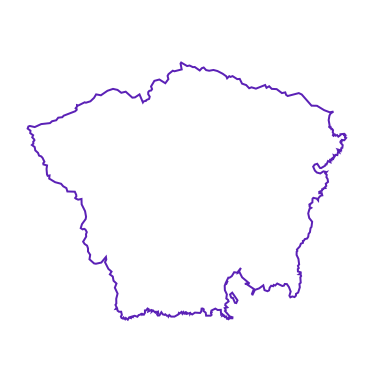 the district of Nossa Senhora Da Graca, Praia, Cabo Verde, rotated 355°
{"feature_id": "66160863B19025383966327", "entity_name": "Nossa Senhora Da Graca", "entity_type": "district", "adm_level": 2, "iso_a3": "CPV", "parent_name": "Cabo Verde", "parent_adm1": "Praia", "projection": "robinson", "projection_center": [-23.509, 14.948], "detail": "fine", "context": "isolated", "style": "outline", "palette": "violet", "viewbox_px": 384, "rotation_deg": 355, "n_neighbors": 0, "source": "geoboundaries", "source_scale": "gbopen_adm2", "svg_char_len": 5991}
<svg xmlns="http://www.w3.org/2000/svg" viewBox="0 0 384 384"><g transform="rotate(355 192 192)"><path d="M236.9,81.8L236.2,79.7L232.8,76.8L227.9,73.7L224.0,72.3L219.7,72.7L216.7,71.8L214.5,69.0L212.6,69.5L210.3,71.6L205.6,67.7L203.8,67.7L200.6,65.8L198.1,66.1L192.5,62.1L191.8,63.0L192.4,69.0L185.0,70.2L183.4,69.5L178.9,72.5L177.8,74.2L178.3,77.5L174.9,81.3L169.3,77.1L164.2,78.0L160.4,83.3L161.2,86.0L160.2,87.3L158.3,87.5L157.1,88.7L156.9,90.8L158.2,93.3L157.4,95.5L154.6,96.4L154.1,97.2L151.7,97.5L150.9,98.5L148.2,90.2L143.4,92.8L140.8,92.8L134.7,86.3L130.2,87.0L126.7,83.8L122.3,82.4L116.6,83.8L109.7,87.7L105.0,86.4L102.6,89.7L98.7,92.8L94.1,93.8L92.9,93.3L86.3,95.9L85.0,95.4L84.9,96.9L83.4,98.4L84.4,99.4L84.2,100.2L82.6,101.4L70.8,104.8L69.3,106.2L65.2,106.3L63.0,108.7L58.8,109.3L56.5,111.0L47.7,111.2L41.0,113.6L36.2,112.1L34.7,112.5L33.8,114.5L36.4,116.8L36.0,119.3L38.7,121.6L37.6,123.6L39.4,125.9L39.5,126.8L38.2,128.1L38.2,130.0L36.6,131.2L39.2,133.5L39.5,136.9L42.0,139.6L42.8,142.4L44.9,143.4L46.1,145.0L47.6,149.0L46.3,150.4L46.4,151.6L49.9,152.9L49.1,156.4L49.1,161.9L49.6,163.3L51.5,163.1L50.9,166.2L56.5,170.3L62.3,172.4L64.2,175.1L67.2,177.2L67.9,180.6L75.3,181.5L76.4,184.7L76.4,186.3L75.1,187.8L75.6,188.4L77.9,189.7L81.3,189.3L81.0,194.7L83.8,201.8L84.3,207.4L83.7,209.7L79.6,214.4L78.0,218.3L79.8,219.7L81.3,219.3L82.5,220.1L83.7,222.8L82.7,224.8L82.7,227.2L79.2,232.0L80.5,234.4L82.8,236.3L83.5,239.2L83.2,242.2L85.1,245.7L84.0,250.1L88.2,254.6L90.0,255.1L95.5,254.4L100.6,249.2L100.7,251.9L99.2,254.3L102.0,261.3L104.9,264.3L103.0,266.9L105.7,269.3L106.1,273.6L108.8,276.6L106.8,280.6L109.0,286.7L107.2,291.8L106.9,296.5L105.9,297.8L106.9,300.4L105.8,301.8L107.3,301.7L107.5,303.7L108.8,304.9L111.0,305.1L111.4,308.3L110.3,309.9L110.8,311.3L112.2,312.1L112.9,311.1L114.3,312.9L115.1,311.8L116.9,313.6L118.3,311.6L120.0,312.2L119.9,311.2L121.4,311.4L121.0,310.9L124.1,310.3L126.7,311.5L128.1,310.0L130.8,309.4L131.0,308.2L131.6,309.9L132.4,309.4L133.3,310.0L134.6,308.3L134.8,305.9L136.0,305.9L137.6,304.2L138.7,305.1L138.0,307.2L140.4,306.3L141.1,306.9L141.4,306.1L142.3,306.5L141.9,307.4L142.9,306.7L144.5,308.5L145.4,308.2L145.6,309.1L147.7,308.2L147.8,309.7L146.6,311.0L147.2,312.1L148.8,312.1L151.0,309.1L152.3,311.4L154.0,312.0L154.7,311.5L156.2,313.1L157.5,313.1L157.7,313.9L158.7,312.6L160.3,314.3L163.7,314.6L167.7,312.8L168.4,311.4L169.0,312.0L171.0,310.6L171.8,312.4L172.9,310.9L173.7,312.5L174.8,312.6L174.2,311.5L175.4,311.1L176.7,312.2L176.6,312.9L179.5,312.3L179.5,313.1L179.8,312.7L181.5,314.0L184.4,312.4L189.5,313.2L190.7,312.0L191.4,309.0L192.5,309.0L193.5,309.9L193.1,311.5L195.1,313.4L195.3,316.4L199.9,316.8L200.8,316.1L200.3,314.5L201.1,313.6L200.5,313.3L201.0,311.8L205.1,310.2L207.3,311.8L210.4,311.9L210.3,315.1L211.3,316.1L210.5,316.1L210.4,316.5L211.3,316.3L211.4,317.0L210.7,316.9L211.5,317.3L212.0,316.8L211.6,317.7L212.3,317.4L212.6,318.3L213.5,318.1L213.9,319.4L215.2,319.1L215.6,320.9L216.1,320.6L217.2,321.9L218.0,321.5L217.3,321.5L217.8,320.4L218.3,321.2L219.7,320.4L219.9,321.2L221.2,321.3L221.4,320.3L218.7,319.2L214.5,313.4L215.4,312.6L214.5,310.5L217.1,310.0L215.2,307.7L215.6,306.3L218.9,304.2L218.4,302.5L216.9,301.1L217.8,297.0L216.2,292.7L216.4,288.2L217.5,286.2L218.9,287.0L217.6,285.7L218.4,284.4L218.9,285.2L219.3,284.5L218.5,284.2L220.7,280.5L222.0,280.6L224.3,279.3L227.0,275.6L230.1,276.3L234.1,271.9L231.3,276.3L232.3,275.9L234.5,281.4L240.8,287.7L239.9,289.1L238.3,287.9L236.6,288.2L238.2,288.4L245.2,294.0L242.9,298.6L243.4,299.0L243.0,300.2L246.1,295.0L250.4,293.9L254.9,291.2L255.7,296.1L258.6,297.4L260.2,296.7L261.1,294.0L262.7,292.3L264.6,292.9L265.3,291.7L266.7,292.4L268.9,290.6L273.8,293.5L275.4,293.3L276.4,291.7L278.5,292.0L280.3,295.2L281.6,299.8L280.0,303.8L280.8,305.5L282.8,304.8L285.0,305.6L286.5,304.3L286.7,302.6L289.0,301.4L291.1,296.3L291.0,293.0L292.4,291.8L292.5,286.4L293.4,285.2L293.0,283.6L291.6,283.3L293.3,282.3L293.3,281.5L290.6,280.4L290.7,278.0L291.7,277.1L291.1,274.8L292.4,273.5L292.2,267.9L290.7,263.8L291.1,260.5L291.8,259.9L291.5,258.5L294.7,255.6L295.9,253.0L298.1,252.3L298.2,250.4L299.4,250.1L300.2,248.8L302.6,248.4L303.9,246.7L304.5,243.9L306.0,242.3L306.9,238.4L308.0,237.2L309.1,232.1L306.5,228.1L305.9,223.5L307.5,219.2L309.4,218.2L308.0,217.2L307.8,216.0L308.6,215.0L308.1,214.5L311.0,212.9L311.5,209.2L312.4,208.4L315.6,209.4L316.9,211.3L317.1,209.6L318.3,208.2L319.8,206.9L321.5,206.7L321.1,204.4L318.7,204.3L318.8,202.9L321.6,202.0L321.9,200.6L323.0,200.6L323.4,199.7L325.3,199.7L325.0,198.7L326.3,197.6L326.0,195.4L328.4,193.8L328.2,190.8L327.2,189.0L327.7,186.6L326.5,185.2L327.7,183.9L326.3,184.2L326.3,183.4L324.7,182.9L321.4,184.7L318.1,183.5L316.3,181.4L314.9,177.3L316.6,175.4L319.2,174.8L321.6,179.2L322.7,179.4L326.9,177.4L327.5,176.1L328.4,176.3L330.2,173.0L332.5,174.4L332.4,172.1L333.8,172.5L333.9,171.3L334.6,171.4L334.3,170.9L335.8,169.9L336.1,170.5L336.8,169.5L336.5,167.8L337.6,168.5L338.2,167.5L340.0,167.9L341.0,164.7L341.8,165.2L341.2,163.7L342.3,164.0L341.3,162.5L344.2,163.6L344.5,161.4L345.6,161.1L346.2,158.4L344.6,156.2L345.1,155.5L344.2,155.0L344.7,154.1L346.1,153.8L346.0,153.2L348.2,153.7L350.2,151.6L349.2,150.9L349.6,149.9L348.7,149.0L349.0,148.3L348.3,148.3L348.3,147.6L349.1,147.8L348.7,147.3L344.9,147.4L344.8,148.3L342.6,149.6L341.5,147.9L340.1,148.4L339.4,147.3L337.9,148.4L337.3,147.7L338.1,146.3L337.4,144.8L337.9,142.7L337.1,141.4L336.3,141.6L335.8,139.6L335.1,140.0L334.3,139.1L334.9,137.9L334.4,132.3L335.6,127.8L336.9,125.9L339.9,124.2L336.2,124.6L330.8,122.0L324.0,117.0L318.6,116.4L309.8,104.4L307.0,102.8L295.7,104.7L294.2,103.4L293.6,100.9L290.2,101.3L285.3,96.9L280.4,96.2L278.1,93.4L275.3,94.7L274.2,91.8L264.7,94.6L260.4,92.9L258.0,93.6L255.3,90.2L251.3,88.4L249.4,83.5L246.9,83.5L242.5,80.1L240.4,80.7L239.2,79.9L236.9,81.8ZM223.3,295.8L221.0,297.4L221.5,299.4L222.3,299.2L221.6,299.6L222.1,300.8L223.5,301.1L225.1,306.1L226.4,306.5L227.9,303.9L223.3,295.8Z" fill="none" stroke="#5b21b6" stroke-width="2"/></g></svg>